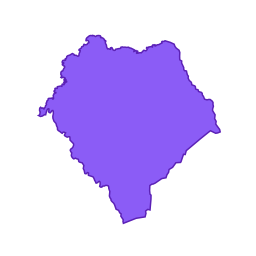 outline of Ramón Trigo, Cerro Largo, Uruguay, rotated 14°
{"feature_id": "84410073B37357941018969", "entity_name": "Ramón Trigo", "entity_type": "district", "adm_level": 2, "iso_a3": "URY", "parent_name": "Uruguay", "parent_adm1": "Cerro Largo", "projection": "orthographic", "projection_center": [-54.703, -32.291], "detail": "fine", "context": "isolated", "style": "filled", "palette": "violet", "viewbox_px": 256, "rotation_deg": 14, "n_neighbors": 0, "source": "geoboundaries", "source_scale": "gbopen_adm2", "svg_char_len": 5578}
<svg xmlns="http://www.w3.org/2000/svg" viewBox="0 0 256 256"><g transform="rotate(14 128 128)"><path d="M146.6,221.6L157.8,213.6L166.1,210.1L166.1,206.4L165.5,205.3L165.2,204.2L166.9,202.2L169.2,202.2L167.5,191.5L166.6,187.6L165.3,186.8L164.1,183.4L163.1,178.5L164.8,176.7L165.8,176.4L167.7,174.9L173.0,168.9L176.9,167.1L177.1,164.0L178.1,161.3L177.9,158.3L180.8,155.4L182.9,150.1L187.3,148.7L187.6,147.9L188.2,140.1L189.9,139.9L190.0,135.9L200.5,121.4L207.0,112.8L208.7,110.7L214.3,111.9L216.2,111.1L218.4,109.5L217.3,107.3L212.2,103.0L211.9,100.2L209.8,98.0L209.3,94.1L205.9,90.7L205.5,89.1L205.6,86.2L204.8,84.7L204.3,82.6L203.1,81.5L200.9,80.5L199.6,80.7L197.8,81.6L195.3,81.5L193.5,79.0L192.2,78.0L191.6,76.4L190.7,75.7L188.1,75.6L187.5,75.4L187.3,74.8L186.6,73.9L185.1,74.0L184.2,73.8L183.3,71.5L182.6,71.0L179.4,70.6L178.8,69.0L177.9,68.0L176.0,67.1L174.3,65.1L174.0,63.1L172.8,62.1L171.7,60.2L171.0,58.6L170.3,58.5L169.0,58.7L168.0,57.8L167.4,55.8L164.3,52.0L163.9,50.0L162.1,49.5L161.6,48.9L160.7,45.7L160.0,42.2L158.7,40.2L155.6,38.9L153.8,37.5L152.5,35.5L148.4,34.7L142.8,34.4L142.0,35.3L140.4,35.6L140.0,35.9L139.9,36.4L140.4,37.2L138.4,39.0L138.0,39.5L136.1,40.3L135.4,41.0L135.3,41.3L134.8,41.7L134.3,41.8L134.1,41.6L134.4,40.9L134.1,40.7L133.9,40.7L133.2,41.3L132.2,41.2L131.6,42.1L131.7,42.5L132.0,42.7L132.2,43.3L132.1,43.5L130.8,43.4L128.5,44.4L128.4,45.1L126.9,45.1L126.6,45.4L126.6,46.0L127.0,46.1L127.6,47.2L126.9,48.6L126.5,48.8L125.4,48.7L124.3,48.9L123.7,50.2L122.6,51.9L121.3,52.0L120.2,52.7L118.4,53.4L118.2,53.3L118.1,52.8L118.2,52.6L118.8,52.5L119.2,52.0L118.9,51.2L118.7,51.0L118.0,51.5L117.3,51.3L117.1,50.9L116.7,50.9L116.0,51.8L115.2,52.3L115.1,52.0L115.3,51.6L115.3,50.8L115.1,50.6L111.5,49.8L109.8,49.9L109.2,49.5L108.9,49.5L106.9,50.2L105.9,50.2L104.0,50.7L102.9,50.7L101.6,51.3L101.5,51.7L101.6,52.3L101.4,52.6L99.8,53.2L96.9,54.6L96.8,55.5L95.8,56.1L94.6,55.8L93.2,54.1L92.6,53.9L91.6,54.5L91.6,54.8L92.0,55.1L92.1,55.6L92.0,55.9L91.3,56.0L89.7,55.8L89.1,56.2L88.9,56.1L87.6,54.4L87.0,52.8L85.9,51.6L85.4,50.7L85.3,49.8L85.5,49.3L85.4,48.9L84.9,48.6L84.4,48.9L83.9,48.5L83.5,47.7L82.1,46.9L80.9,46.7L80.4,46.4L80.1,46.5L80.0,46.9L79.6,46.9L79.3,46.4L79.1,45.5L78.9,45.3L78.6,45.2L77.3,45.3L76.1,45.7L75.5,45.9L74.6,46.9L74.3,47.1L72.5,46.6L71.6,47.0L71.4,46.7L71.1,46.7L70.3,47.2L69.3,47.3L68.2,47.9L66.3,50.4L65.9,51.6L66.0,53.1L66.1,53.4L66.5,53.4L66.9,52.8L68.4,53.0L69.0,53.7L69.4,54.7L68.4,55.5L68.0,56.8L67.4,57.2L65.9,57.7L65.5,57.4L65.0,57.5L64.8,58.6L64.8,59.2L64.7,59.5L64.5,59.8L63.5,60.3L63.3,61.8L61.6,63.6L61.5,64.1L61.7,64.5L62.2,64.7L62.4,64.2L62.7,64.3L62.9,64.4L63.0,65.0L63.0,65.6L62.6,67.4L62.8,69.8L62.1,70.5L61.7,70.5L60.2,70.0L58.4,70.4L58.1,70.3L58.0,69.8L57.5,69.5L56.0,69.2L53.9,71.3L52.1,72.4L51.6,73.0L51.3,73.5L51.4,74.6L51.2,75.4L51.0,75.8L50.5,75.9L50.3,76.4L50.4,76.9L50.9,77.0L50.9,77.3L50.1,77.9L49.2,77.8L48.5,78.2L48.3,78.6L48.1,79.8L48.4,80.5L49.3,80.1L49.8,80.3L49.9,80.5L49.9,81.2L49.6,81.7L49.1,81.8L48.9,82.1L49.0,82.5L50.5,83.3L51.4,83.3L51.6,83.5L51.8,84.3L51.8,84.9L51.4,85.6L51.2,86.4L50.8,88.5L50.1,88.8L49.7,89.3L49.5,89.9L49.5,90.6L50.0,92.6L50.9,93.0L51.1,93.4L51.1,94.4L50.7,94.7L50.6,95.1L51.7,95.4L52.0,94.7L53.0,94.4L54.4,94.5L54.8,94.7L55.0,94.9L55.1,95.3L54.3,95.6L54.2,96.1L54.2,96.5L54.5,97.2L55.0,97.2L55.1,96.9L55.1,96.5L55.4,96.0L56.0,96.0L56.2,96.4L56.0,97.0L56.2,97.3L56.4,97.5L57.2,97.6L57.3,98.2L57.1,98.4L56.5,98.5L55.8,98.0L54.9,98.5L54.7,99.4L55.6,99.5L55.9,99.6L55.9,99.9L55.3,101.5L55.0,101.5L54.6,101.0L54.4,101.0L53.6,101.4L53.5,102.2L53.8,103.3L53.7,103.6L52.6,103.5L49.9,104.8L49.5,105.0L49.4,105.4L49.6,106.0L49.8,106.2L49.8,106.5L49.6,106.8L48.1,106.9L47.6,107.3L47.6,107.8L48.0,108.6L48.0,109.0L47.3,109.9L47.4,110.4L48.4,111.0L49.3,110.9L49.5,111.2L49.4,111.6L48.4,111.7L48.0,112.2L47.9,112.4L48.0,113.3L47.5,114.3L48.6,117.3L48.5,117.7L48.2,118.1L47.8,118.1L47.6,117.9L47.6,117.3L47.2,117.2L46.3,117.7L44.0,118.4L43.5,118.9L43.6,120.3L42.8,121.4L42.9,122.7L42.6,123.6L42.6,124.0L43.1,124.5L43.2,124.9L43.0,125.6L42.8,125.8L42.6,126.2L42.6,127.7L42.4,128.4L42.0,128.9L42.0,129.6L41.9,129.8L41.4,129.8L40.5,129.1L39.5,129.7L38.2,129.0L37.7,129.7L37.6,130.6L37.9,132.3L38.3,133.0L38.6,133.2L39.0,133.8L38.9,134.6L39.2,135.8L38.7,137.1L38.2,137.5L40.2,138.0L41.9,137.2L43.9,135.2L44.9,135.1L44.9,131.9L45.3,129.4L46.0,128.6L46.6,128.6L47.0,129.8L47.0,131.5L48.0,132.1L49.0,132.0L50.1,129.5L50.8,129.2L51.4,129.8L52.1,132.1L52.2,134.7L52.8,136.7L54.5,139.3L57.0,141.0L58.2,143.2L59.4,144.6L60.0,146.6L60.9,147.3L63.2,148.1L64.8,148.9L65.5,149.0L66.0,147.8L66.8,147.5L68.6,147.8L68.0,150.3L68.8,151.0L71.2,151.6L72.7,150.7L73.5,150.6L74.0,151.4L74.7,153.8L78.9,156.4L79.4,157.7L79.2,159.7L78.6,161.1L77.5,162.4L77.3,163.5L78.3,164.9L79.4,165.7L79.6,168.3L80.3,169.5L82.0,170.8L82.9,171.1L84.3,170.0L85.7,170.3L87.1,170.3L87.7,170.9L88.2,172.2L89.0,172.8L91.1,172.9L91.8,172.8L94.2,175.0L94.4,178.2L95.7,179.7L97.1,182.5L97.6,182.7L98.5,182.5L99.2,181.4L99.6,181.0L100.0,181.0L100.6,181.3L100.8,183.1L101.1,183.5L105.6,183.8L106.4,184.3L107.5,185.6L108.4,187.0L109.4,187.9L110.1,189.1L110.8,189.1L111.9,188.2L112.3,187.3L112.9,186.7L113.6,186.9L114.1,187.6L114.6,189.3L114.6,191.4L115.5,192.0L116.9,191.7L117.3,190.9L117.8,190.4L119.0,190.1L120.2,189.1L121.5,188.8L122.8,188.9L123.5,189.8L124.1,191.5L124.8,192.6L125.7,193.9L126.4,198.5L127.5,200.1L128.7,201.2L129.1,202.4L130.5,203.4L132.3,204.4L133.5,205.7L136.1,209.7L138.8,210.2L140.5,212.3L142.1,213.0L142.4,215.3L145.6,218.2L145.7,219.8L146.6,221.6Z" fill="#8b5cf6" stroke="#5b21b6" stroke-width="1.5"/></g></svg>